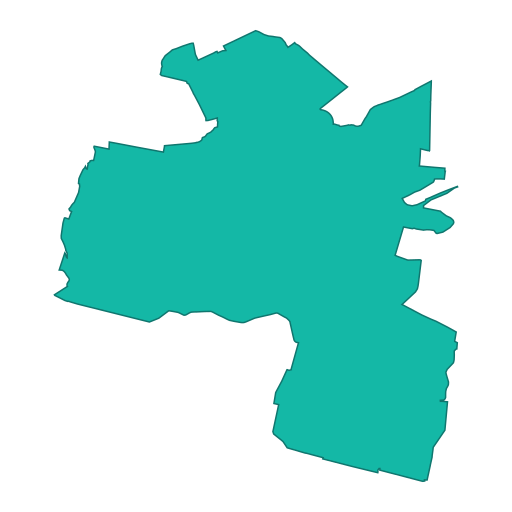 outline of Medgidia, Constanta, Romania
{"feature_id": "2599482B71920226785357", "entity_name": "Medgidia", "entity_type": "district", "adm_level": 2, "iso_a3": "ROU", "parent_name": "Romania", "parent_adm1": "Constanta", "projection": "equal_earth", "projection_center": [28.275, 44.229], "detail": "fine", "context": "isolated", "style": "filled", "palette": "teal", "viewbox_px": 512, "rotation_deg": 0, "n_neighbors": 0, "source": "geoboundaries", "source_scale": "gbopen_adm2", "svg_char_len": 5870}
<svg xmlns="http://www.w3.org/2000/svg" viewBox="0 0 512 512"><path d="M294.7,42.6L291.8,44.8L288.0,47.3L287.9,47.0L285.9,44.5L285.7,43.7L285.1,42.5L282.0,38.8L280.6,37.8L279.8,37.5L274.5,36.8L273.1,36.5L268.5,36.0L264.1,34.6L258.9,31.8L257.5,31.3L255.6,30.7L223.5,46.0L225.9,50.5L222.6,50.8L217.7,52.9L217.0,51.4L215.3,52.0L214.6,52.5L213.5,53.1L198.1,60.2L195.5,54.7L195.2,53.5L193.8,45.8L193.2,43.2L192.0,43.2L189.6,43.8L182.7,46.1L176.1,48.7L174.1,49.3L172.3,49.9L171.6,50.5L169.9,52.0L165.3,55.6L164.6,56.6L163.3,58.7L162.2,60.3L161.9,61.3L161.6,62.7L161.6,63.7L161.9,65.3L162.3,66.5L162.1,66.6L161.5,68.2L161.3,69.1L161.1,71.2L160.3,74.4L161.6,75.5L182.4,80.4L186.4,81.4L186.7,81.7L186.9,82.6L187.2,83.3L187.6,83.5L188.0,83.6L188.6,83.6L189.2,84.8L192.4,91.2L192.8,92.0L193.2,92.9L193.4,93.6L193.9,94.3L194.8,95.9L199.4,104.6L205.9,118.0L205.9,120.1L206.0,120.6L208.0,120.5L209.0,120.2L211.9,119.5L217.3,118.0L217.2,120.8L217.8,121.5L217.7,123.3L217.6,124.1L217.5,126.9L214.8,127.7L214.0,128.6L213.1,130.0L212.3,130.6L211.3,131.7L210.3,132.4L208.0,133.5L207.5,133.7L206.9,134.2L205.7,135.9L204.8,136.7L203.8,137.1L202.8,137.4L202.3,137.8L202.0,139.3L201.7,140.0L201.5,140.3L199.5,141.7L197.3,142.4L196.3,142.4L196.1,142.7L191.4,143.3L164.5,145.7L164.4,146.8L163.4,152.1L136.9,147.2L115.9,143.2L109.3,142.0L109.0,149.1L94.2,146.2L94.0,146.6L93.9,147.0L94.0,147.6L95.2,150.7L95.3,151.2L95.4,152.0L94.0,158.8L93.6,160.5L91.9,160.4L90.1,160.9L90.0,161.6L89.9,161.8L89.2,162.4L88.9,162.7L87.9,163.4L88.0,164.8L87.5,166.7L87.4,168.2L87.1,169.1L86.1,168.5L86.0,168.0L85.7,167.4L85.4,166.4L84.8,167.6L84.6,167.9L83.8,168.8L83.0,169.7L81.0,173.9L80.2,175.6L79.0,178.5L78.8,180.1L78.5,183.5L78.8,183.7L79.4,183.9L79.7,186.4L78.6,192.5L74.3,202.4L73.1,203.5L71.6,205.3L70.6,207.1L69.0,208.9L69.0,209.0L69.7,210.7L71.6,211.5L68.8,219.0L64.9,217.8L64.3,218.2L63.0,223.0L61.2,235.7L61.3,238.4L63.0,241.8L64.5,245.3L65.7,249.2L65.8,250.4L67.0,252.8L67.2,253.5L67.2,257.9L66.6,257.6L65.9,255.7L65.3,253.6L64.8,252.9L59.2,270.0L61.9,270.2L62.7,270.4L63.2,270.8L64.1,271.4L65.3,272.9L66.5,275.0L68.9,278.2L69.2,278.9L69.3,280.0L69.0,280.8L67.9,282.3L67.0,284.1L67.1,286.1L67.4,286.5L66.2,287.2L54.4,294.8L54.8,295.4L64.9,300.5L67.7,301.4L68.2,301.3L68.5,301.3L71.0,302.1L77.4,304.0L89.8,307.1L149.4,322.0L158.8,318.2L168.7,310.8L170.4,311.0L173.4,311.5L177.7,312.3L179.1,312.8L182.9,314.7L183.7,315.1L184.2,315.2L185.1,315.1L185.9,314.9L189.6,312.8L190.8,312.3L191.5,312.1L195.3,311.9L196.7,311.9L204.7,311.5L210.7,311.4L211.5,311.6L212.3,311.9L218.8,315.3L221.6,316.5L224.1,317.7L226.6,319.0L229.4,320.3L234.5,321.4L240.9,322.5L242.0,322.6L243.2,322.6L244.4,322.4L246.1,321.8L254.3,318.3L255.3,318.0L255.2,318.0L263.0,316.2L270.2,314.6L275.7,313.1L276.8,313.0L277.8,313.2L284.3,316.9L286.5,318.0L288.1,319.5L289.2,320.6L289.6,321.2L289.9,321.6L290.3,323.6L290.8,325.8L292.6,333.9L294.0,339.8L294.3,340.5L294.8,341.2L295.9,342.1L296.5,342.3L297.4,342.5L298.5,342.7L291.2,369.0L291.2,369.3L291.3,369.7L290.5,369.9L289.3,370.3L289.0,370.3L288.3,370.1L287.4,369.7L287.0,369.7L281.8,381.1L276.3,391.4L275.7,392.6L273.9,403.5L278.7,404.6L272.9,431.6L273.7,434.0L283.0,441.5L287.2,447.8L305.3,453.1L305.9,453.1L323.2,457.7L322.8,458.9L352.4,466.5L377.8,472.7L377.9,472.3L377.9,470.0L379.0,468.5L379.9,468.5L379.9,470.2L380.1,470.2L421.8,481.1L422.9,481.3L424.7,481.0L424.5,479.8L425.3,479.8L425.6,480.0L427.1,480.0L430.3,465.3L430.3,465.1L432.1,457.0L432.1,456.0L433.0,449.4L433.2,447.3L435.4,444.1L444.9,430.2L447.5,401.8L442.1,401.3L440.4,401.3L440.3,400.3L443.3,400.1L443.8,399.9L444.4,399.6L444.8,399.1L445.1,398.6L445.4,398.0L445.6,397.4L445.6,394.1L445.7,391.5L446.4,388.5L447.4,386.8L448.1,385.4L448.4,384.4L448.5,382.0L446.6,375.6L446.0,373.2L445.9,372.1L447.2,369.3L453.1,363.1L453.4,362.8L453.9,360.9L454.1,359.7L454.2,357.4L454.3,354.9L454.2,352.3L454.3,350.9L455.5,349.6L456.1,349.1L456.5,348.9L456.8,348.9L457.3,342.7L454.7,341.4L454.7,341.0L456.2,332.0L447.4,327.1L443.1,324.9L435.9,321.2L430.8,319.1L421.9,315.0L402.0,304.5L415.5,291.9L417.4,288.8L418.0,286.1L418.4,283.4L421.2,260.4L420.4,259.9L419.3,259.8L408.3,260.1L407.5,260.0L397.2,256.3L395.1,255.3L403.5,227.0L412.4,228.7L414.1,228.2L416.4,229.0L421.0,229.7L422.4,229.9L423.3,230.1L426.7,229.7L430.0,229.8L433.9,230.4L436.2,233.3L437.1,233.5L442.9,232.1L450.1,227.5L453.4,223.7L453.8,222.2L453.3,220.4L451.4,218.5L450.1,217.6L446.2,215.8L441.4,212.2L440.5,211.2L423.5,207.9L423.6,205.5L431.0,199.9L446.9,193.3L454.5,188.0L457.6,186.9L457.4,186.4L448.7,189.7L440.4,193.0L429.7,197.7L425.8,199.3L425.4,200.9L417.1,204.7L412.2,205.8L408.1,205.0L406.8,204.5L404.4,202.4L402.2,198.4L409.6,194.9L414.6,192.1L419.9,190.2L425.4,186.9L432.7,182.5L433.5,181.9L434.2,180.3L434.5,179.1L436.1,178.9L440.5,178.9L442.1,179.0L444.3,179.1L445.1,172.3L445.1,171.5L445.3,171.2L444.8,171.0L444.9,168.2L433.8,167.3L419.3,166.0L419.5,164.7L420.2,155.9L420.5,149.6L420.5,148.8L427.4,150.5L428.2,150.6L428.9,150.6L429.1,150.7L429.3,150.9L429.6,150.5L430.3,112.7L430.6,102.7L430.4,102.2L430.4,101.7L430.7,101.1L430.8,95.4L431.3,82.3L431.3,81.0L421.0,86.4L415.3,89.5L415.2,89.5L414.1,90.7L411.5,91.8L399.6,97.5L387.8,101.8L377.9,105.1L376.7,105.7L374.8,106.4L373.7,107.0L370.4,109.5L370.0,110.2L368.1,113.6L366.2,117.0L365.2,118.3L361.2,125.3L358.1,126.3L356.2,126.2L355.4,126.0L353.6,125.1L351.0,124.8L350.1,125.2L348.4,124.9L347.3,125.3L341.8,126.3L340.8,126.4L339.7,126.2L339.2,125.8L338.9,125.2L338.0,125.2L334.5,124.1L333.3,124.2L333.3,123.2L333.1,121.3L332.9,120.0L332.6,118.8L332.0,117.3L331.1,115.7L330.2,114.5L328.7,113.0L327.0,111.8L325.5,111.0L323.6,110.3L322.5,110.0L320.6,109.7L320.2,109.4L320.1,108.9L320.6,108.3L341.5,91.7L346.2,88.0L347.5,86.9L345.7,85.5L341.6,82.2L337.7,78.9L321.1,65.0L309.5,55.2L307.5,53.1L302.5,49.0L299.6,46.2L298.4,45.3L295.4,43.7L294.7,42.6Z" fill="#14b8a6" stroke="#0f766e" stroke-width="1.5"/></svg>